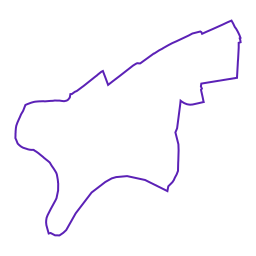 the district of Fundeni, Galati, Romania
{"feature_id": "2599482B42074396802829", "entity_name": "Fundeni", "entity_type": "district", "adm_level": 2, "iso_a3": "ROU", "parent_name": "Romania", "parent_adm1": "Galati", "projection": "albers", "projection_center": [27.553, 45.567], "detail": "fine", "context": "isolated", "style": "outline", "palette": "violet", "viewbox_px": 256, "rotation_deg": 0, "n_neighbors": 0, "source": "geoboundaries", "source_scale": "gbopen_adm2", "svg_char_len": 2717}
<svg xmlns="http://www.w3.org/2000/svg" viewBox="0 0 256 256"><path d="M237.0,77.8L237.0,77.6L237.7,65.2L237.9,61.3L238.1,59.1L238.7,47.7L238.7,42.8L239.7,42.5L240.6,42.2L240.3,40.1L240.0,39.2L239.7,38.3L240.5,37.9L239.4,35.0L237.7,31.5L236.1,28.7L234.8,27.0L233.2,23.6L231.5,20.6L231.0,20.8L229.6,21.4L227.5,22.3L222.0,24.9L212.4,29.2L206.2,31.9L202.1,33.8L201.4,32.2L200.3,31.5L194.0,33.1L192.4,33.5L188.7,35.5L176.4,41.3L172.3,43.1L168.5,45.1L163.0,48.2L162.7,48.5L159.2,50.3L155.5,52.7L154.1,53.6L153.6,53.6L153.3,53.9L140.2,63.4L139.2,63.4L137.2,63.2L135.9,63.8L133.0,65.6L119.8,75.9L112.7,81.3L108.1,84.9L105.7,78.4L102.9,71.0L101.3,71.8L97.8,74.6L96.6,75.7L96.0,76.1L94.6,77.2L85.2,84.7L83.3,86.2L82.3,86.9L80.3,88.4L76.8,91.0L76.6,91.1L74.9,91.8L73.1,93.1L71.9,94.0L70.4,94.1L70.0,96.3L69.8,97.5L68.2,99.6L66.7,100.6L64.1,101.2L63.2,101.1L62.3,101.0L60.8,100.8L59.7,100.6L58.5,100.6L57.3,100.6L54.7,100.5L53.7,100.7L52.7,100.8L51.8,100.9L51.2,100.9L50.6,100.9L46.8,101.2L45.7,101.3L44.0,101.3L43.4,101.2L40.7,101.3L40.1,101.3L38.5,101.4L37.1,101.5L36.1,101.6L35.1,101.7L34.6,101.8L34.0,101.9L32.9,102.2L31.5,102.6L30.6,102.9L29.3,103.4L27.4,104.1L25.8,104.8L25.7,104.9L25.4,105.0L23.3,110.4L23.0,111.1L21.9,112.9L21.3,113.9L20.9,114.7L19.8,117.3L19.7,117.6L19.4,118.1L17.5,122.4L17.3,122.9L16.3,125.7L15.9,128.0L15.6,131.6L15.6,132.7L15.5,133.5L15.5,135.2L15.4,138.1L16.5,140.6L17.6,143.4L17.8,143.7L18.1,144.0L18.9,144.8L19.6,145.4L20.7,146.3L21.6,146.9L22.7,147.5L23.3,147.8L24.3,148.1L25.5,148.5L26.5,148.8L27.9,149.3L29.2,149.6L29.3,149.6L29.7,149.7L30.5,149.8L32.0,149.9L33.6,149.9L34.1,150.2L34.2,150.4L34.4,150.5L35.7,151.3L36.5,151.8L37.9,152.8L38.6,153.3L39.4,154.0L40.4,154.8L43.0,156.9L44.4,158.2L45.0,158.6L45.8,159.3L47.6,160.7L48.2,161.2L49.4,162.2L49.6,162.4L49.8,162.6L51.7,165.8L53.4,168.2L54.5,169.9L56.2,172.7L56.5,173.6L56.7,174.0L56.8,174.3L57.0,175.3L57.2,176.4L57.8,179.8L57.9,180.9L58.0,181.6L58.0,182.4L58.1,182.9L58.2,183.5L58.2,183.8L58.1,190.6L57.9,191.5L56.5,198.2L55.5,200.3L50.7,209.1L47.6,215.2L46.6,217.8L46.2,220.3L46.1,222.5L46.4,225.2L47.9,230.7L48.7,233.5L50.6,233.0L55.0,235.3L59.5,235.4L61.7,233.9L63.3,232.8L66.2,230.1L75.7,213.3L91.6,192.5L105.3,182.0L111.7,178.4L116.1,177.1L127.1,176.1L145.1,180.0L149.7,182.3L158.8,186.8L166.6,190.7L167.4,191.1L168.3,186.3L172.4,182.2L173.8,180.1L174.9,177.6L176.6,174.5L178.0,170.9L178.2,162.5L178.3,160.7L178.6,150.3L178.4,144.3L177.5,140.7L175.4,132.4L177.1,128.3L180.3,103.7L180.6,100.7L181.9,101.7L184.4,103.2L186.9,104.2L188.5,104.5L190.2,104.7L192.6,104.5L197.6,103.4L203.7,102.0L203.5,101.4L202.6,97.0L201.0,89.8L201.9,88.6L200.9,86.4L201.3,83.6L223.4,80.0L237.0,77.8Z" fill="none" stroke="#5b21b6" stroke-width="2"/></svg>